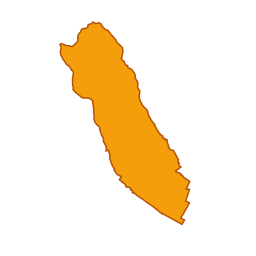 Siculeni, Harghita, Romania (Mercator projection), rotated 63°
{"feature_id": "2599482B95661688593457", "entity_name": "Siculeni", "entity_type": "district", "adm_level": 2, "iso_a3": "ROU", "parent_name": "Romania", "parent_adm1": "Harghita", "projection": "mercator", "projection_center": [25.693, 46.43], "detail": "fine", "context": "isolated", "style": "filled", "palette": "amber", "viewbox_px": 256, "rotation_deg": 63, "n_neighbors": 0, "source": "geoboundaries", "source_scale": "gbopen_adm2", "svg_char_len": 5768}
<svg xmlns="http://www.w3.org/2000/svg" viewBox="0 0 256 256"><g transform="rotate(63 128 128)"><path d="M237.3,124.4L238.4,123.6L235.5,119.4L232.3,122.0L230.5,119.1L226.7,113.3L225.7,111.7L222.9,107.7L222.5,107.2L219.3,109.8L210.7,101.1L210.0,101.7L209.8,102.1L209.5,103.0L208.8,103.8L203.7,97.3L199.1,99.8L197.0,100.7L195.2,101.1L193.7,102.2L193.1,101.5L190.2,103.6L190.2,104.3L188.9,104.8L188.6,105.1L188.2,105.3L187.9,105.1L186.8,98.6L185.8,99.0L183.9,99.4L182.9,99.3L182.7,98.3L180.7,98.8L179.3,97.4L178.8,97.6L178.1,97.7L177.5,97.4L177.0,97.7L176.1,97.5L170.2,97.7L168.7,97.6L167.9,98.2L168.0,98.8L167.0,99.8L165.5,100.4L165.4,100.1L164.2,100.5L163.5,100.3L163.4,100.6L161.3,99.8L159.1,99.6L157.8,99.3L156.3,98.5L156.0,99.3L155.7,99.8L155.1,100.3L154.3,99.7L153.0,101.1L152.5,101.7L151.6,101.1L151.1,100.6L149.9,101.3L148.8,102.3L147.9,101.9L147.1,102.5L146.8,102.6L145.4,102.6L143.8,102.7L142.5,102.9L140.3,103.0L139.1,102.9L137.3,103.3L137.0,102.5L135.8,102.9L135.2,103.0L133.7,103.4L132.9,103.4L132.0,103.7L130.2,103.7L129.4,104.0L128.8,104.0L128.2,103.9L128.1,103.7L127.6,104.0L127.1,104.0L126.3,103.8L124.9,103.9L124.7,103.8L124.2,103.4L123.3,103.2L122.3,103.0L120.6,103.0L120.3,102.9L119.6,103.2L119.1,103.3L118.2,103.8L116.7,104.1L114.4,104.9L113.2,104.7L112.0,104.7L111.6,104.8L110.7,104.7L109.3,104.8L107.5,104.5L106.4,104.2L105.9,103.9L105.3,103.6L104.4,103.3L103.7,103.2L102.8,102.5L102.7,102.0L102.0,101.6L101.7,101.6L100.6,100.9L100.4,100.7L99.8,100.6L97.8,101.1L96.7,101.1L95.4,100.7L95.1,100.2L94.5,100.1L93.7,99.5L92.3,98.7L90.8,98.8L90.1,98.5L89.3,98.8L87.6,98.8L86.8,98.6L85.9,98.5L85.3,98.1L84.8,97.9L84.1,97.6L83.5,97.6L82.5,97.4L81.7,97.4L81.0,97.6L79.6,97.8L79.0,98.0L77.4,98.2L76.3,98.9L74.6,100.3L73.7,100.6L73.4,100.6L72.1,99.9L71.7,100.5L71.1,101.3L69.9,101.5L69.0,101.7L67.6,101.2L66.5,101.3L66.0,101.8L65.2,102.2L64.6,102.2L64.0,102.6L63.5,102.6L62.7,102.1L62.4,101.3L61.7,101.0L59.5,99.3L58.7,98.8L57.6,97.8L57.1,97.7L55.5,97.0L54.8,96.7L54.0,96.5L53.5,96.5L52.4,97.0L51.6,97.2L51.0,97.5L50.2,97.7L47.7,98.7L46.0,99.1L43.9,98.8L42.7,99.1L41.9,99.5L41.2,99.8L40.1,99.6L39.3,99.9L38.8,100.2L37.9,100.6L37.1,100.8L35.9,100.7L35.0,100.9L34.4,101.3L33.2,101.1L31.7,101.7L31.0,102.6L30.4,103.1L29.4,103.6L26.7,104.5L25.4,104.8L22.8,104.8L21.5,105.7L21.0,106.4L21.0,107.0L20.7,107.6L20.3,109.4L18.1,110.8L17.6,111.7L18.0,112.0L18.2,112.4L18.6,112.8L17.8,116.5L18.7,117.4L19.4,117.7L19.8,117.9L20.0,118.8L20.1,119.6L20.0,120.3L19.7,120.8L19.5,122.2L19.1,122.6L18.9,123.6L18.9,123.9L19.0,124.7L20.1,125.8L20.4,126.3L20.7,126.4L21.0,126.9L21.2,127.4L21.4,128.0L21.5,128.3L21.7,128.7L22.0,129.0L22.2,129.8L22.6,130.1L23.1,130.9L23.5,131.1L24.6,131.4L25.2,132.0L27.3,132.9L27.9,133.7L28.2,134.1L28.4,134.8L28.6,135.6L29.1,136.6L29.5,138.3L29.5,138.9L29.8,139.3L29.9,139.6L30.1,139.8L30.3,140.3L30.2,140.6L29.8,141.4L29.4,141.6L28.9,142.3L28.3,142.8L28.2,143.1L27.8,143.5L27.7,143.8L27.2,144.5L26.7,145.1L26.3,145.6L25.8,146.1L25.5,146.5L25.0,146.8L24.8,146.9L24.5,147.6L24.1,147.7L23.9,148.0L22.7,148.8L22.6,149.1L22.5,149.6L22.5,150.2L22.6,150.5L23.0,150.8L24.3,150.7L25.8,151.1L27.2,151.8L28.4,153.2L29.0,153.5L30.8,154.1L32.3,154.6L33.2,154.7L34.6,154.6L35.0,154.7L37.2,154.7L40.6,154.1L42.9,154.1L44.2,153.6L45.0,153.2L45.5,152.6L45.8,152.4L46.1,152.4L47.4,152.3L49.0,151.9L49.4,151.9L49.7,152.1L49.9,152.1L50.5,152.0L50.9,152.1L51.7,151.4L52.0,151.2L52.8,151.2L53.2,151.3L54.3,151.6L54.7,152.1L55.2,152.3L55.7,152.7L56.3,153.3L57.7,154.0L58.9,155.1L60.0,155.5L60.5,155.9L61.7,156.4L62.6,157.0L63.0,157.1L63.8,157.5L65.2,158.0L66.6,158.2L67.3,158.4L67.7,158.5L68.0,158.8L68.4,159.3L68.7,159.4L69.3,159.5L70.4,159.0L71.2,158.8L71.5,158.9L72.9,158.4L74.0,158.0L74.9,157.6L75.8,157.0L76.4,156.7L77.6,156.2L78.2,156.0L78.6,155.8L79.1,155.7L79.9,155.3L80.5,154.7L81.3,153.7L82.4,151.4L83.5,149.5L83.9,149.2L84.4,148.7L85.6,148.0L86.1,147.6L86.5,147.4L87.7,147.4L88.3,147.1L88.7,147.2L89.2,147.8L89.9,148.2L90.5,148.1L91.2,148.4L91.4,148.4L91.5,148.6L92.3,148.7L93.7,149.4L94.1,149.4L96.0,150.1L96.5,150.6L97.5,151.0L98.5,151.6L99.5,151.9L100.5,152.1L102.0,152.7L103.4,153.5L104.1,154.1L104.8,154.3L105.4,154.3L106.0,154.4L106.3,154.6L107.1,154.7L108.1,154.8L109.1,154.5L109.7,154.5L110.2,154.3L111.0,154.3L112.6,153.3L113.6,153.1L114.7,153.0L115.6,153.4L116.0,153.8L116.8,153.8L117.3,154.0L118.3,154.1L119.3,154.4L121.0,154.4L121.8,154.6L122.5,154.9L124.0,154.7L124.8,154.4L127.2,155.2L127.6,155.1L128.4,155.8L128.9,156.0L129.8,156.0L131.1,155.8L132.9,156.0L133.7,155.9L134.9,155.9L135.3,156.1L135.6,156.5L136.3,156.5L136.6,156.6L136.8,156.7L137.2,157.1L138.2,157.6L138.4,157.9L138.7,156.8L138.7,155.6L139.1,155.5L140.6,156.0L141.4,156.1L142.3,156.1L142.9,156.2L144.1,156.6L146.2,157.6L147.2,158.3L148.4,158.3L148.8,158.2L151.1,158.8L151.7,159.0L153.6,158.8L153.9,159.1L155.8,159.0L156.5,158.8L157.7,158.9L158.3,158.7L158.9,159.4L159.7,159.5L160.8,159.1L161.8,159.0L162.9,159.1L164.5,158.8L164.8,158.6L165.2,158.3L165.5,157.9L165.7,157.6L166.3,157.4L167.3,156.9L167.4,156.5L167.7,156.2L168.6,156.0L169.6,158.4L169.8,158.7L170.5,158.6L170.7,158.9L170.9,158.7L171.5,158.6L171.9,158.1L172.3,157.8L173.0,157.6L173.5,157.7L173.7,157.9L174.0,157.4L175.0,156.9L175.4,156.5L175.7,156.6L176.0,156.4L177.1,156.1L178.0,156.2L178.4,156.0L178.9,156.2L179.4,156.5L179.7,156.4L179.9,156.2L180.3,155.3L180.7,155.0L180.8,154.7L181.1,154.3L181.2,153.9L183.1,153.1L183.8,153.2L183.9,153.5L184.1,153.8L184.2,153.5L184.3,153.1L184.5,153.0L185.1,153.1L185.6,152.9L185.8,153.0L186.2,152.8L186.6,152.7L186.8,152.5L187.2,152.4L187.4,152.6L187.4,152.9L187.6,153.4L188.2,153.1L188.8,151.8L190.9,151.2L193.7,149.8L199.7,146.4L203.2,144.8L208.7,141.7L216.9,138.0L220.0,136.7L219.8,136.3L234.9,125.9L237.3,124.4Z" fill="#f59e0b" stroke="#b45309" stroke-width="1.5"/></g></svg>